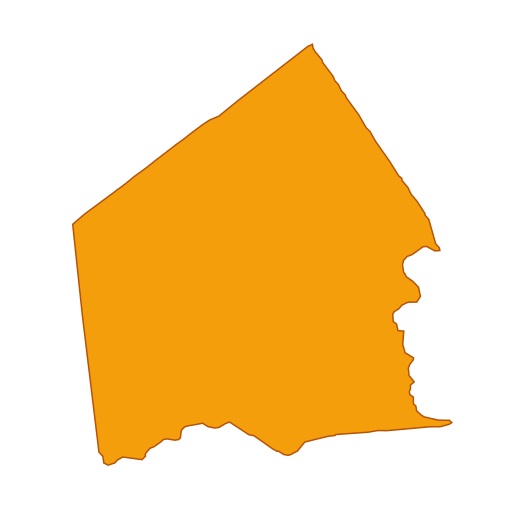 Lanquín, Alta Verapaz, Guatemala, rotated 352°
{"feature_id": "79465075B47647601026557", "entity_name": "Lanquín", "entity_type": "district", "adm_level": 2, "iso_a3": "GTM", "parent_name": "Guatemala", "parent_adm1": "Alta Verapaz", "projection": "orthographic", "projection_center": [-89.968, 15.576], "detail": "fine", "context": "isolated", "style": "filled", "palette": "amber", "viewbox_px": 512, "rotation_deg": 352, "n_neighbors": 0, "source": "geoboundaries", "source_scale": "gbopen_adm2", "svg_char_len": 1878}
<svg xmlns="http://www.w3.org/2000/svg" viewBox="0 0 512 512"><g transform="rotate(352 256 256)"><path d="M341.4,54.2L336.6,55.6L259.4,99.8L238.6,112.4L229.0,114.9L221.4,118.5L209.0,125.3L200.8,130.1L192.5,134.5L184.9,138.8L170.4,147.0L158.5,154.0L146.9,160.1L138.6,165.2L131.7,169.1L127.8,171.1L123.7,173.5L120.1,175.4L92.1,190.6L78.9,199.1L75.8,290.6L73.2,428.4L76.4,432.9L76.5,439.8L80.4,442.5L87.4,441.3L90.5,438.7L96.1,436.5L114.8,441.8L118.7,438.9L118.7,437.1L119.6,435.8L124.4,431.6L128.4,430.7L136.1,426.7L138.7,424.9L142.3,424.7L150.1,427.1L153.8,427.0L155.8,425.6L157.8,418.2L161.7,415.2L164.7,414.8L179.9,414.2L184.6,418.2L191.2,420.6L195.6,420.6L202.1,417.8L206.7,416.7L224.1,432.0L227.3,433.1L229.0,433.7L245.3,449.0L249.6,452.3L251.1,452.4L255.8,456.4L259.9,457.8L262.4,457.6L269.9,454.9L278.4,447.0L301.9,444.6L309.4,444.7L310.3,443.9L317.8,444.4L342.4,446.1L352.3,445.8L361.5,447.2L404.3,449.3L414.8,450.7L424.0,449.5L426.7,448.2L424.6,445.6L421.6,445.2L413.3,443.8L400.1,438.7L397.5,436.5L393.5,431.7L393.4,426.7L391.3,424.3L392.2,417.6L389.0,414.6L389.0,411.5L390.5,409.1L390.9,405.4L395.1,402.7L390.9,395.6L391.3,388.1L393.4,384.5L397.4,380.6L397.8,378.8L391.8,373.8L390.2,372.6L389.0,364.0L391.9,350.9L386.2,349.7L385.7,342.9L382.8,340.1L383.3,332.6L385.3,330.2L389.9,328.3L393.6,325.0L400.0,322.9L408.8,324.0L413.2,318.9L412.6,309.7L408.0,303.2L401.7,297.2L401.3,294.9L400.0,292.9L399.8,285.4L401.5,280.9L405.6,277.5L410.9,276.3L422.6,270.1L426.3,270.3L433.8,275.8L438.8,276.2L438.7,273.5L435.6,268.8L432.2,243.8L429.2,239.3L429.2,237.4L423.0,224.1L418.2,216.4L416.0,209.4L411.2,201.7L411.1,199.2L408.5,196.6L401.5,180.9L390.3,159.0L386.1,148.3L383.0,144.4L377.5,130.8L367.3,111.6L366.9,109.1L363.5,104.1L361.4,97.6L358.5,93.5L357.3,88.7L348.9,73.6L348.6,71.1L342.7,61.3L341.4,58.0L341.4,54.2Z" fill="#f59e0b" stroke="#b45309" stroke-width="1.5"/></g></svg>